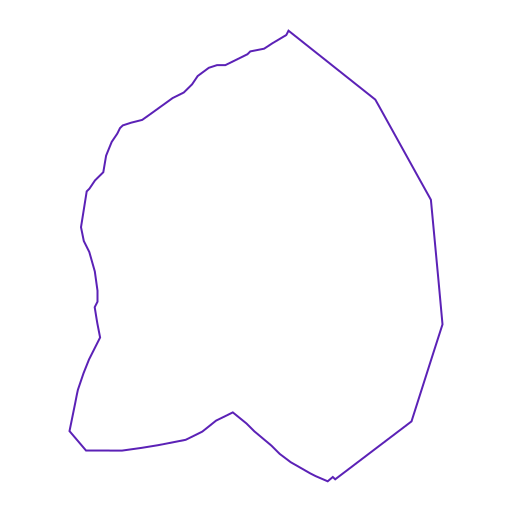 Tanta 2, Al Gharbiyah, Egypt
{"feature_id": "37247803B26296956455174", "entity_name": "Tanta 2", "entity_type": "district", "adm_level": 2, "iso_a3": "EGY", "parent_name": "Egypt", "parent_adm1": "Al Gharbiyah", "projection": "mercator", "projection_center": [30.983, 30.786], "detail": "fine", "context": "isolated", "style": "outline", "palette": "violet", "viewbox_px": 512, "rotation_deg": 0, "n_neighbors": 0, "source": "geoboundaries", "source_scale": "gbopen_adm2", "svg_char_len": 968}
<svg xmlns="http://www.w3.org/2000/svg" viewBox="0 0 512 512"><path d="M327.7,481.3L332.8,477.0L335.2,479.3L411.5,421.4L432.6,355.2L442.5,324.4L438.5,280.7L430.9,199.8L429.2,196.7L418.4,177.3L379.3,106.7L375.3,99.6L288.5,30.7L287.9,31.9L286.3,35.0L272.5,43.2L264.1,48.7L250.3,51.4L247.5,54.2L225.4,65.1L217.1,65.1L208.8,67.8L197.7,76.0L192.1,84.3L183.8,92.5L172.7,98.0L147.7,116.0L142.2,119.9L131.1,122.7L122.8,125.4L120.0,128.1L117.3,133.6L111.7,141.9L107.5,152.2L106.1,155.7L103.3,172.2L95.0,180.4L89.4,188.7L86.7,191.4L82.5,217.8L81.0,227.2L83.8,241.0L89.3,252.0L94.8,271.4L97.5,290.7L97.5,301.7L94.7,307.2L96.5,318.4L97.4,323.7L100.1,337.5L89.0,359.5L83.5,373.3L77.9,389.8L76.8,394.9L75.1,403.6L69.5,431.1L86.0,450.5L122.0,450.6L141.4,447.9L158.0,445.2L185.7,439.8L202.3,431.6L216.1,420.6L232.8,412.4L246.5,423.5L253.8,430.8L254.3,431.3L271.4,445.6L279.7,453.9L290.7,462.2L310.1,473.3L315.6,476.1L327.7,481.3Z" fill="none" stroke="#5b21b6" stroke-width="2"/></svg>